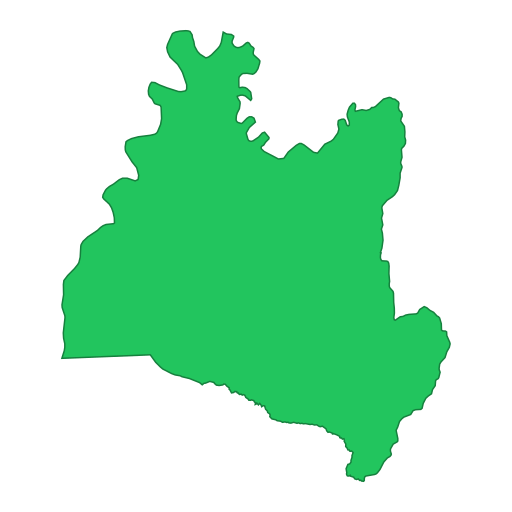 outline of Cartago, Valle del Cauca, Colombia
{"feature_id": "7082276B65356767722018", "entity_name": "Cartago", "entity_type": "district", "adm_level": 2, "iso_a3": "COL", "parent_name": "Colombia", "parent_adm1": "Valle del Cauca", "projection": "natural_earth1", "projection_center": [-75.902, 4.71], "detail": "fine", "context": "isolated", "style": "filled", "palette": "green", "viewbox_px": 512, "rotation_deg": 0, "n_neighbors": 0, "source": "geoboundaries", "source_scale": "gbopen_adm2", "svg_char_len": 6015}
<svg xmlns="http://www.w3.org/2000/svg" viewBox="0 0 512 512"><path d="M440.1,372.2L439.2,369.7L439.1,368.3L439.7,364.0L441.1,361.8L445.0,357.6L446.8,351.8L449.3,347.4L450.1,343.9L449.7,342.2L446.8,335.6L446.6,331.9L445.5,331.1L442.6,330.9L441.5,330.1L441.3,323.7L439.6,318.0L438.4,316.7L437.0,316.0L433.6,312.3L429.8,310.3L426.9,307.8L424.2,306.6L419.7,309.5L417.7,313.1L416.1,313.9L409.0,314.4L405.6,315.1L403.1,316.4L400.2,316.8L395.3,320.2L394.2,319.7L393.8,317.5L394.4,313.1L394.3,308.2L393.7,302.4L393.5,293.3L393.0,291.4L389.7,287.6L389.3,286.4L389.2,283.9L389.6,281.4L388.9,273.6L389.1,266.1L388.7,263.1L387.8,261.5L386.6,261.1L381.9,260.8L380.8,259.4L380.4,257.7L380.5,254.8L381.1,252.9L380.4,252.7L381.9,248.1L383.0,240.2L382.4,233.2L381.4,229.1L382.8,224.9L381.5,218.1L382.8,213.6L381.8,207.8L382.3,205.8L387.0,200.3L392.4,196.7L394.6,194.7L397.5,190.5L398.8,185.3L400.1,177.8L400.1,173.2L402.0,167.4L401.9,166.3L400.7,163.4L400.7,161.9L402.0,157.3L401.4,149.8L401.7,148.4L403.9,146.2L405.4,143.5L405.6,140.1L404.7,136.9L404.9,131.9L404.4,126.3L400.7,120.9L401.1,118.3L402.1,116.4L402.1,114.2L401.1,111.8L399.5,110.8L398.9,109.5L398.4,107.7L398.9,103.3L398.4,102.0L394.9,99.2L392.6,98.9L390.8,97.7L389.2,97.4L383.5,99.1L375.4,106.6L373.4,107.5L371.7,107.5L369.8,109.4L366.2,110.5L362.0,109.7L355.4,111.3L354.9,109.9L355.6,106.6L355.5,104.7L354.4,103.2L352.9,103.2L349.5,107.1L348.2,110.2L347.1,114.2L347.4,116.9L349.3,122.0L349.3,125.1L348.1,126.0L346.7,124.9L345.2,120.3L343.8,119.1L341.6,119.3L338.6,120.4L338.2,121.1L337.9,124.5L338.9,129.1L337.8,133.0L333.4,139.3L331.2,141.1L324.8,144.2L317.5,153.1L313.5,152.3L304.1,145.0L301.3,143.5L299.4,143.5L296.3,145.3L288.3,152.0L283.8,158.4L278.4,159.0L264.1,151.5L261.3,148.8L261.1,147.5L261.5,146.4L263.7,145.1L265.5,142.3L268.9,138.8L269.0,137.5L264.6,132.2L262.3,133.0L258.6,137.1L253.1,140.8L251.6,141.3L250.2,141.2L248.8,140.6L248.0,139.5L246.3,133.6L246.4,132.6L249.3,127.5L255.4,122.1L254.0,118.2L251.7,116.8L249.3,116.8L247.0,118.3L242.3,123.1L241.2,123.5L237.5,122.3L236.3,120.7L236.1,119.5L236.4,115.6L237.2,113.0L239.4,108.7L240.1,103.6L240.0,101.8L237.7,98.0L237.2,96.3L240.5,95.2L242.5,95.1L245.3,95.9L250.7,100.4L251.7,98.8L250.7,92.3L250.0,91.4L247.0,88.6L245.2,87.6L242.3,87.2L239.7,87.7L238.9,87.0L238.8,79.9L239.0,77.3L239.6,76.4L241.5,74.3L242.9,73.5L247.0,73.3L252.7,74.2L254.2,73.5L255.9,72.0L257.9,68.8L259.6,63.2L259.9,61.0L258.7,59.4L253.9,55.1L253.3,54.1L253.2,52.3L254.0,48.6L253.2,47.5L250.9,45.9L249.2,43.2L247.8,42.4L246.2,43.0L242.7,46.1L240.0,47.3L237.9,47.7L235.8,47.2L233.9,45.9L232.1,43.1L232.1,41.1L233.7,37.0L233.7,36.1L231.4,34.5L226.6,34.0L223.2,32.1L221.3,42.4L219.8,46.0L217.7,48.6L211.5,54.9L208.4,57.1L205.8,57.9L200.0,54.2L197.4,51.4L194.6,46.2L193.8,41.5L192.5,37.6L192.1,34.8L190.0,31.5L188.1,30.9L185.8,30.7L179.9,31.1L175.6,32.0L172.9,33.3L172.3,33.9L167.6,44.4L166.8,47.6L167.6,51.8L170.1,57.1L177.7,64.4L181.5,70.5L182.6,72.7L186.7,84.8L186.7,88.7L186.2,90.1L185.0,91.0L181.0,91.7L178.3,91.5L167.1,87.9L159.3,84.9L154.9,82.6L151.6,82.3L150.2,84.1L148.9,87.4L148.3,90.9L148.6,94.3L149.5,96.4L152.3,99.1L154.3,103.1L155.1,103.8L160.2,105.4L161.1,107.1L161.6,118.7L160.6,124.4L157.6,131.7L156.6,133.1L154.9,134.2L150.2,135.3L138.3,136.8L131.5,138.6L127.4,140.6L126.0,141.8L125.2,146.7L125.3,149.9L125.8,151.8L132.1,161.9L136.7,167.7L138.7,175.3L138.1,179.5L135.2,180.9L127.2,178.2L122.6,178.2L119.3,179.7L113.4,184.2L109.4,186.5L106.6,188.9L105.5,190.2L103.1,194.8L102.7,197.3L103.7,198.9L109.4,204.2L111.6,207.9L113.2,212.5L114.3,217.7L114.5,223.0L113.5,223.7L106.0,224.5L103.1,225.7L100.5,227.5L97.5,230.4L87.9,236.8L83.1,241.3L81.2,244.5L80.8,246.1L80.2,257.2L78.9,262.6L77.7,264.6L74.4,268.7L67.7,275.5L63.9,280.5L63.4,284.4L63.6,294.8L62.0,304.8L62.2,307.6L64.9,315.8L65.0,317.7L63.3,332.9L63.6,338.2L64.8,343.7L64.8,347.3L64.3,350.6L61.9,358.3L150.3,354.8L155.7,362.3L160.4,367.0L162.9,369.1L171.7,373.6L175.1,374.9L180.3,375.8L181.9,376.7L189.4,378.5L199.6,382.6L202.2,384.8L204.0,383.3L205.6,383.1L209.8,381.4L214.1,382.5L214.5,383.6L215.3,384.0L216.3,385.1L219.1,385.5L222.9,384.9L223.7,384.1L225.2,384.2L226.9,386.2L229.2,387.8L229.1,389.2L230.0,390.0L231.5,392.9L233.7,392.5L235.0,391.3L236.1,391.9L236.7,391.6L237.4,393.0L238.4,393.0L238.8,393.9L239.7,394.5L241.1,394.1L242.2,395.1L243.2,394.6L244.8,395.2L245.8,397.4L248.2,399.1L248.8,400.2L250.8,400.3L251.3,399.8L253.8,400.6L254.4,401.9L255.5,402.8L255.2,404.5L256.2,404.1L256.9,403.1L258.4,404.9L259.7,403.4L261.1,405.1L261.7,406.7L263.0,405.7L264.6,405.9L265.6,409.2L267.3,410.9L267.7,412.5L269.7,413.9L270.1,415.1L269.8,416.7L271.9,418.9L275.8,419.8L277.1,420.7L280.6,421.2L282.5,422.3L285.0,421.9L286.8,422.5L288.0,422.2L288.9,422.9L290.9,423.1L293.7,422.3L297.1,423.3L298.2,422.8L300.2,423.6L301.9,423.3L303.3,423.8L305.6,423.6L310.0,424.5L312.1,424.2L314.5,425.0L316.7,424.8L319.2,426.4L320.3,426.7L322.4,426.2L326.0,428.8L326.7,430.8L328.0,432.3L329.3,432.0L332.1,433.0L332.3,433.8L332.9,434.1L333.5,433.6L336.7,434.8L339.6,436.3L339.8,437.6L340.4,438.0L341.4,437.9L342.4,439.1L343.9,438.7L344.4,440.6L344.2,441.3L345.8,444.1L345.7,446.6L347.0,447.9L347.9,449.9L349.3,450.0L349.6,451.0L350.2,451.3L351.6,451.0L353.1,452.5L352.0,455.5L352.0,457.4L351.0,460.3L351.0,462.1L349.7,463.9L347.9,464.4L346.1,468.7L346.8,472.8L346.5,473.9L346.7,474.7L347.3,475.8L347.9,476.0L349.2,476.0L350.2,475.3L350.6,476.2L353.7,477.2L354.7,478.8L356.6,479.5L358.3,478.9L359.6,480.4L360.8,480.2L361.4,481.0L363.6,481.3L364.3,480.4L364.3,478.5L364.8,476.8L366.0,476.0L374.5,474.5L376.1,473.9L377.4,472.8L380.0,469.4L383.8,462.0L387.4,457.9L389.9,456.5L391.0,455.2L391.3,454.1L390.4,451.0L390.5,448.9L393.2,444.1L397.1,441.9L397.8,441.0L397.8,438.5L396.1,430.3L397.7,427.0L399.5,421.5L401.9,418.7L403.9,417.1L410.7,414.5L413.1,410.6L415.6,409.7L420.8,409.4L422.1,408.3L423.2,403.4L425.8,398.3L428.4,395.9L431.5,393.8L432.5,389.6L435.2,385.7L435.6,380.7L436.3,379.7L438.2,378.6L438.8,377.5L440.1,372.2Z" fill="#22c55e" stroke="#15803d" stroke-width="1.5"/></svg>